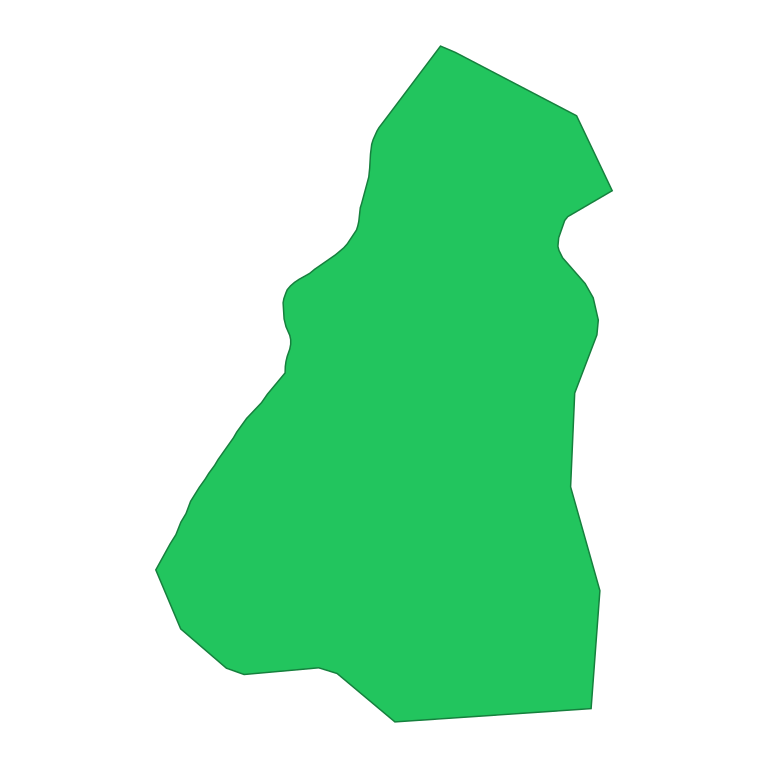 Waltham Forest, Robinson projection
{"feature_id": "GBR-2078", "entity_name": "Waltham Forest", "entity_type": "London Borough", "adm_level": 1, "iso_a3": "GBR", "parent_name": "United Kingdom", "parent_adm1": "", "projection": "robinson", "projection_center": [-0.018, 51.6], "detail": "fine", "context": "isolated", "style": "filled", "palette": "green", "viewbox_px": 768, "rotation_deg": 0, "n_neighbors": 0, "source": "natural_earth", "source_scale": "10m", "svg_char_len": 1042}
<svg xmlns="http://www.w3.org/2000/svg" viewBox="0 0 768 768"><path d="M285.1,372.9L285.3,366.4L286.0,361.4L287.2,356.4L289.8,349.0L290.7,344.3L290.7,339.7L289.8,335.4L286.0,326.7L284.1,318.9L283.1,302.8L283.9,298.5L286.0,292.6L287.3,289.6L290.5,285.9L294.5,282.4L299.1,279.3L309.8,273.3L314.6,269.3L335.5,254.8L343.8,247.8L347.2,244.0L356.5,230.0L357.8,225.9L358.8,221.4L360.3,207.7L361.6,203.6L368.8,176.9L369.7,168.0L370.5,154.0L371.7,144.3L373.2,139.5L377.0,131.0L379.0,127.6L384.9,119.9L440.5,46.1L455.3,52.4L576.6,115.8L612.2,190.7L567.8,216.6L564.7,220.5L558.7,237.7L557.9,246.3L559.0,250.5L562.6,257.8L585.1,283.5L593.2,297.8L598.3,320.1L596.9,334.9L574.7,393.1L570.6,486.9L599.9,590.7L591.1,708.6L394.9,721.9L337.1,673.5L318.7,667.8L244.1,674.5L226.4,668.2L180.7,628.9L155.8,569.9L170.3,543.6L175.9,534.7L180.9,522.1L186.0,513.6L190.6,501.3L199.4,487.2L205.2,479.1L208.8,473.3L214.6,465.4L218.2,459.4L233.4,437.9L236.8,432.0L246.7,418.3L261.5,402.7L267.4,394.2L285.1,372.9Z" fill="#22c55e" stroke="#15803d" stroke-width="1.5"/></svg>